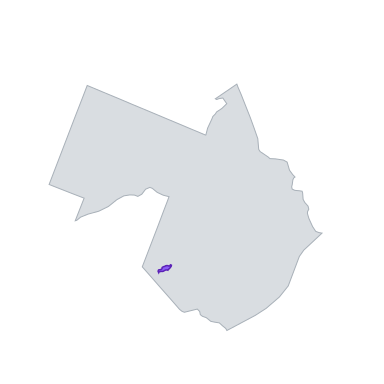 location of San Miguel Acatán, Huehuetenango, Guatemala, rotated 291°
{"feature_id": "79465075B13081043036874", "entity_name": "San Miguel Acatán", "entity_type": "district", "adm_level": 2, "iso_a3": "GTM", "parent_name": "Guatemala", "parent_adm1": "Huehuetenango", "projection": "robinson", "projection_center": [-91.621, 15.749], "detail": "fine", "context": "in_parent", "style": "filled", "palette": "violet", "viewbox_px": 384, "rotation_deg": 291, "n_neighbors": 0, "source": "geoboundaries", "source_scale": "gbopen_adm2", "svg_char_len": 2623}
<svg xmlns="http://www.w3.org/2000/svg" viewBox="0 0 384 384"><g transform="rotate(291 192 192)"><path d="M75.2,274.2L76.7,272.4L78.0,268.5L79.6,264.4L78.6,259.7L78.0,255.9L79.8,250.4L79.7,246.2L80.5,243.7L83.2,242.0L84.6,238.9L77.0,228.0L77.0,225.5L78.0,222.4L84.2,210.7L91.4,196.9L99.5,181.6L104.3,172.4L121.9,172.4L133.6,172.4L148.4,172.4L164.5,172.3L175.1,172.3L179.4,172.2L178.7,166.2L179.2,159.6L181.2,153.6L181.2,151.0L178.0,147.7L171.9,145.9L168.5,143.0L168.5,139.4L167.0,135.0L164.0,129.8L157.9,124.6L148.6,119.2L140.7,111.9L134.1,102.9L128.6,97.0L124.3,94.6L123.3,93.3L135.8,93.4L147.6,93.5L147.6,80.5L147.7,68.9L147.8,55.9L169.1,55.9L194.6,55.9L221.0,55.9L241.7,56.0L253.9,56.0L253.4,72.2L252.9,90.9L252.4,104.7L251.9,123.1L251.3,141.9L250.5,167.6L250.0,184.1L250.2,184.5L257.2,183.7L267.5,184.4L270.0,184.4L273.1,185.8L275.6,186.3L280.8,190.0L286.9,192.8L290.8,187.1L288.8,183.7L287.2,181.9L287.4,180.4L308.8,195.2L306.3,197.4L300.9,202.7L291.1,211.7L282.3,219.8L273.9,227.1L266.2,233.6L265.4,234.3L255.7,239.0L254.1,241.2L252.0,250.5L251.1,252.8L252.8,257.9L254.6,265.9L254.0,270.1L247.3,275.2L244.3,279.8L242.9,282.8L241.7,282.0L239.6,281.8L234.9,282.9L232.5,283.2L230.6,284.5L230.4,287.4L231.7,292.1L232.2,294.5L230.8,295.6L224.9,298.4L222.6,301.1L220.4,305.4L217.8,307.2L215.1,306.9L213.2,307.5L209.1,310.7L202.9,317.0L199.6,321.6L199.6,325.0L200.2,328.1L177.8,317.2L170.3,315.3L138.8,315.5L125.3,311.2L109.9,302.9L99.5,295.3L75.2,274.2Z" fill="#d9dde1" stroke="#a8b0b8" stroke-width="1"/><path d="M116.3,199.0L116.3,198.8L116.3,198.5L116.3,198.0L116.1,198.0L115.8,197.9L115.3,197.8L115.3,197.7L115.0,197.6L114.7,197.3L114.7,197.2L114.6,196.8L114.6,195.8L114.5,195.5L114.4,195.2L114.3,194.9L114.0,194.5L114.0,194.3L113.9,194.2L113.6,193.8L113.4,193.6L112.8,193.2L112.6,192.9L112.3,192.5L112.1,192.2L111.8,191.9L111.4,191.6L110.9,191.2L110.7,191.2L110.0,191.4L109.7,191.4L109.2,191.3L108.9,191.1L108.7,190.9L108.5,190.7L108.4,190.5L108.2,190.2L108.0,189.9L107.9,189.8L107.5,189.0L107.4,188.9L107.2,188.7L106.8,188.7L106.0,188.7L105.9,188.8L105.5,189.0L105.3,189.4L105.1,189.5L104.8,189.8L105.2,189.8L105.4,189.9L105.7,190.0L106.0,190.4L106.4,191.0L106.7,191.4L106.9,191.8L107.0,192.3L107.1,192.5L107.2,192.8L107.4,193.2L108.0,193.9L108.6,194.3L109.4,195.0L109.6,195.2L109.8,195.6L110.0,196.0L110.4,196.8L110.4,197.2L110.3,197.3L110.3,197.5L110.6,197.5L110.8,197.5L111.0,197.7L111.2,197.8L111.4,197.9L111.8,198.0L112.5,198.4L112.8,198.5L113.3,198.7L113.6,198.8L113.8,198.9L114.5,199.0L114.8,199.1L115.1,199.2L115.8,199.1L116.0,199.1L116.3,199.0Z" fill="#8b5cf6" stroke="#5b21b6" stroke-width="1.5"/></g></svg>